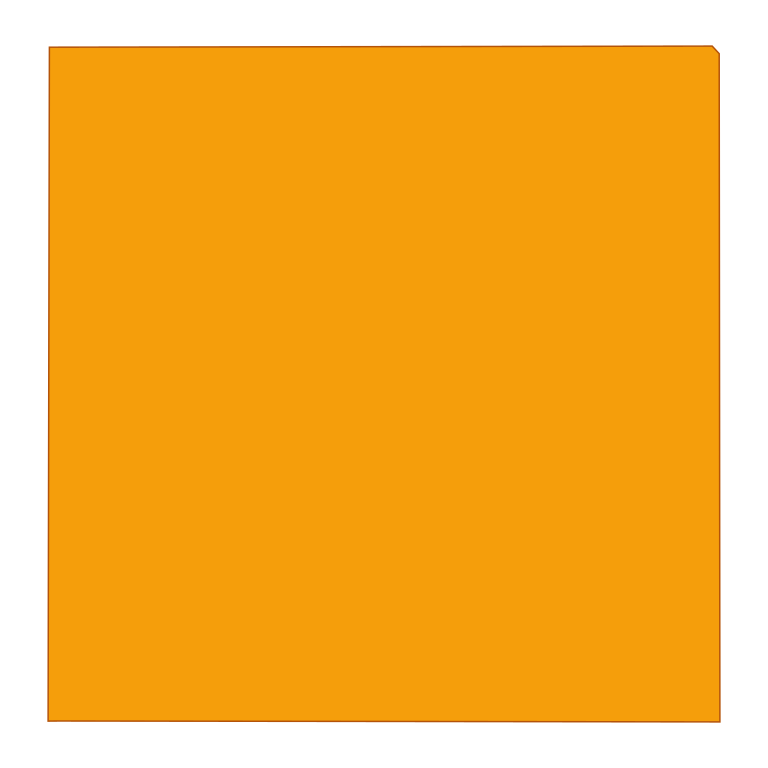 outline of Greeley, Nebraska, United States of America
{"feature_id": "52423323B21407841844396", "entity_name": "Greeley", "entity_type": "district", "adm_level": 2, "iso_a3": "USA", "parent_name": "United States of America", "parent_adm1": "Nebraska", "projection": "albers", "projection_center": [-98.464, 41.568], "detail": "fine", "context": "isolated", "style": "filled", "palette": "amber", "viewbox_px": 768, "rotation_deg": 0, "n_neighbors": 0, "source": "geoboundaries", "source_scale": "gbopen_adm2", "svg_char_len": 221}
<svg xmlns="http://www.w3.org/2000/svg" viewBox="0 0 768 768"><path d="M712.2,46.1L49.4,47.2L48.1,721.1L58.7,721.0L719.9,721.9L719.7,552.9L719.2,53.7L712.2,46.1Z" fill="#f59e0b" stroke="#b45309" stroke-width="1.5"/></svg>